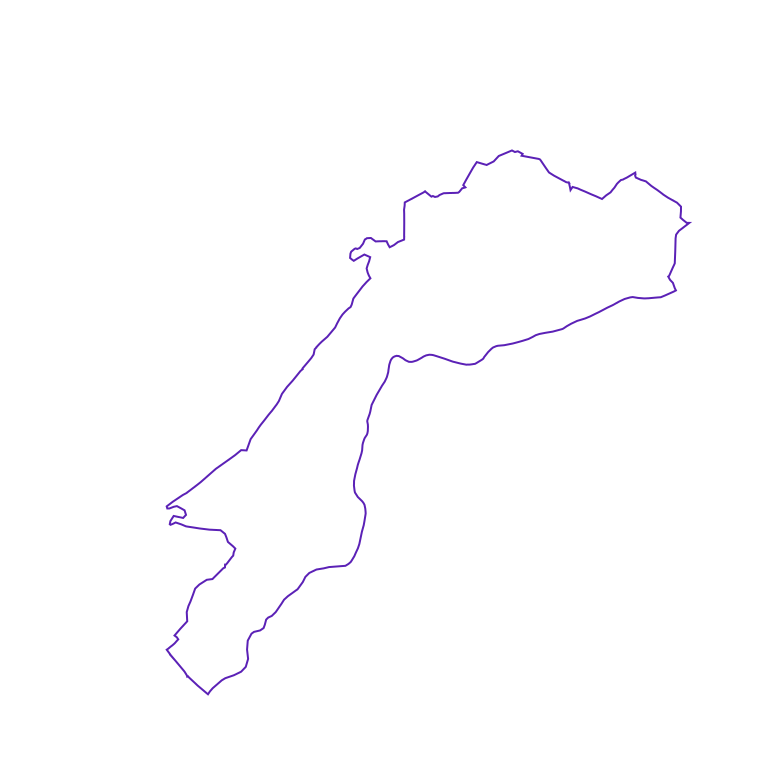 Raņķu pag., Skrundas, Latvia, rotated 49°
{"feature_id": "27541924B83019830898221", "entity_name": "Raņķu pag.", "entity_type": "district", "adm_level": 2, "iso_a3": "LVA", "parent_name": "Latvia", "parent_adm1": "Skrundas", "projection": "albers", "projection_center": [21.983, 56.757], "detail": "fine", "context": "isolated", "style": "outline", "palette": "violet", "viewbox_px": 768, "rotation_deg": 49, "n_neighbors": 0, "source": "geoboundaries", "source_scale": "gbopen_adm2", "svg_char_len": 5837}
<svg xmlns="http://www.w3.org/2000/svg" viewBox="0 0 768 768"><g transform="rotate(49 384 384)"><path d="M340.2,535.2L340.0,542.9L339.5,548.5L337.7,566.6L337.8,586.8L337.6,590.9L336.8,603.1L336.7,603.9L336.8,604.3L335.8,608.6L334.3,620.6L333.8,628.3L335.8,629.2L337.2,627.5L338.7,623.3L340.3,620.4L344.8,618.7L348.5,617.4L352.9,619.3L353.3,623.5L345.6,629.3L347.3,635.1L349.3,637.7L350.2,637.5L351.0,635.2L351.8,632.1L357.1,629.0L361.4,626.9L362.3,626.2L362.9,625.7L367.7,621.6L372.1,617.9L379.4,611.3L387.1,603.3L392.8,602.3L396.2,603.5L400.8,605.4L407.6,604.4L410.7,604.2L412.5,607.9L414.6,610.4L414.8,612.4L416.3,619.6L416.4,620.0L416.6,622.1L416.1,622.5L417.2,623.5L418.1,624.4L417.6,626.2L418.3,636.3L418.6,640.7L418.7,641.4L418.5,641.7L415.5,646.2L414.2,654.9L414.5,660.7L417.2,665.5L417.4,665.8L421.2,672.8L423.3,677.3L426.7,682.5L434.0,688.2L435.1,698.2L436.4,707.1L439.3,706.5L441.4,706.8L441.7,706.8L441.9,708.2L442.0,709.3L442.2,710.7L442.3,711.3L442.4,712.6L442.4,715.4L442.3,716.3L442.2,719.1L442.2,720.5L442.0,722.3L447.4,722.7L447.9,722.8L448.1,722.8L448.1,723.0L448.7,723.0L450.0,723.0L452.0,723.0L451.9,722.9L469.1,723.2L470.6,723.3L474.2,723.9L474.7,724.0L475.8,724.5L476.0,723.7L477.6,723.7L482.4,723.2L489.3,722.5L501.5,720.6L502.7,720.4L501.8,717.1L501.2,712.9L501.2,700.9L501.9,696.8L505.3,688.4L507.4,680.6L506.8,673.9L502.3,666.9L494.6,661.6L488.3,655.2L485.5,647.8L485.8,644.7L488.7,639.2L489.2,635.0L487.5,631.9L484.5,627.5L484.3,624.6L485.4,620.9L485.1,615.3L482.6,605.6L481.2,600.9L481.1,595.7L482.2,583.8L480.2,575.2L478.0,569.9L477.6,564.3L479.7,556.7L483.6,550.4L486.1,545.6L495.9,532.4L496.5,528.8L496.5,525.9L496.0,524.1L494.5,519.4L492.7,515.6L490.9,511.5L488.6,507.6L481.0,497.6L477.3,492.0L474.9,489.0L470.9,484.2L469.7,482.8L468.3,481.7L465.8,479.9L462.4,478.0L461.1,477.7L460.1,477.5L458.1,477.4L456.9,477.5L452.1,477.9L449.5,477.5L446.8,477.1L445.2,476.2L440.9,473.3L439.2,471.7L437.5,470.2L433.3,464.8L429.7,459.4L427.9,456.9L426.5,454.6L425.0,452.0L421.5,446.4L419.7,444.0L417.9,442.2L415.9,440.2L414.7,438.6L412.7,435.2L412.1,433.9L411.1,430.3L410.4,429.0L408.9,427.1L405.7,424.1L403.9,422.7L401.3,421.2L400.5,420.4L398.7,417.2L397.2,414.5L395.7,412.3L391.7,407.1L390.7,404.7L387.4,396.7L384.3,387.5L384.1,387.0L383.1,383.4L382.7,381.9L380.9,377.8L380.4,376.9L379.2,375.1L377.8,373.0L376.5,371.6L374.3,369.0L373.5,368.1L372.8,367.2L370.8,363.9L370.2,362.5L369.8,360.4L369.8,359.5L370.1,358.0L371.0,356.0L371.8,355.3L372.6,354.5L376.9,352.9L380.1,352.2L383.5,350.7L384.6,349.6L385.6,348.4L386.2,347.3L387.0,345.5L387.7,343.9L388.1,342.3L388.9,338.4L389.2,336.2L390.1,333.3L390.7,332.3L391.1,331.5L391.8,330.4L392.6,329.6L393.5,328.7L394.8,327.7L398.2,325.6L404.8,321.6L412.1,317.5L418.7,312.9L423.3,309.3L425.7,306.4L426.9,304.6L427.5,303.6L428.5,302.1L428.8,300.8L429.9,294.2L430.0,292.4L429.4,290.8L428.2,284.4L427.9,279.9L428.0,277.7L429.1,274.4L429.9,272.9L433.6,267.8L437.9,260.3L440.4,255.2L442.2,251.4L444.8,245.5L446.0,240.9L446.7,237.5L448.2,233.9L451.2,228.7L455.1,222.4L459.4,213.6L459.8,212.3L460.3,208.1L461.3,203.2L463.1,196.8L465.0,192.6L466.5,189.2L468.2,184.2L469.7,178.4L470.7,174.8L472.9,165.4L474.5,159.8L476.1,152.2L477.7,146.6L480.1,141.5L481.5,139.3L485.6,135.9L490.2,131.4L492.9,128.0L498.2,120.7L500.1,118.2L501.6,113.7L504.3,104.8L504.9,102.3L502.5,101.7L497.2,99.6L493.2,99.8L492.1,99.6L489.9,99.1L489.4,99.0L489.5,98.4L489.5,98.1L489.4,97.9L489.1,97.1L488.4,95.6L487.4,93.5L486.9,92.4L485.5,89.4L484.4,86.9L483.7,85.4L475.1,77.3L465.3,68.3L462.9,65.5L461.9,60.9L462.7,47.9L461.0,49.8L456.2,50.7L452.9,51.1L448.5,46.6L445.0,43.5L439.4,43.9L429.8,47.4L424.1,49.0L423.8,49.0L420.4,49.7L416.8,50.5L413.1,51.5L409.9,52.3L402.9,53.4L399.8,55.3L398.6,56.1L393.4,58.5L391.5,57.8L390.9,56.7L390.0,56.2L389.3,55.7L387.5,65.5L386.8,68.0L386.5,69.5L385.5,71.4L385.6,74.9L385.8,77.0L387.0,81.3L387.4,84.2L388.0,87.3L387.4,92.5L387.4,98.1L381.3,100.9L376.7,103.2L370.5,106.1L366.3,108.2L364.1,109.2L363.2,109.6L363.0,109.8L359.0,112.4L360.0,116.0L357.8,114.7L354.4,112.9L354.3,112.5L353.4,112.4L353.0,112.3L352.8,112.8L352.3,113.3L351.0,114.2L348.9,114.9L348.8,115.0L338.3,119.0L332.6,120.7L326.9,120.1L321.9,119.5L317.9,119.0L316.7,119.0L315.6,119.6L302.0,130.4L301.3,128.4L296.2,130.3L294.8,133.0L291.7,134.2L287.2,147.8L288.0,155.2L286.0,162.9L277.4,168.4L279.1,174.6L279.3,175.2L280.3,178.1L283.9,188.3L285.9,193.7L289.0,193.6L288.9,193.9L287.6,196.6L288.4,201.3L288.3,201.9L288.3,202.4L288.1,202.8L285.8,205.7L282.9,209.2L279.2,213.8L279.1,214.0L277.9,217.8L277.8,218.0L277.7,220.4L276.3,222.8L274.2,223.8L273.8,225.0L273.7,225.3L266.0,226.6L265.5,226.6L265.4,228.3L264.0,234.4L262.7,240.2L260.6,249.2L263.0,251.5L265.6,254.5L268.8,257.1L276.0,263.3L281.1,267.8L285.4,271.6L286.1,272.1L286.2,272.3L286.5,272.5L288.2,274.1L286.0,280.4L285.7,285.3L285.2,287.4L284.5,290.0L281.4,289.4L278.0,288.4L276.7,289.8L273.6,293.4L270.9,296.8L265.2,298.1L263.4,300.4L262.7,301.4L262.7,302.2L262.4,303.6L262.9,304.7L264.4,307.8L265.4,313.1L264.5,315.7L263.2,316.3L262.7,317.5L262.6,321.9L263.6,323.8L266.6,326.9L269.2,326.5L271.2,326.0L271.9,321.5L273.4,313.9L279.2,311.2L281.6,314.7L283.4,318.1L285.4,321.3L289.1,323.2L292.3,324.3L295.3,324.9L295.6,330.2L296.3,336.1L298.2,345.4L298.8,348.3L299.4,351.0L299.5,351.2L302.9,356.3L304.0,358.8L303.7,361.1L303.9,365.9L304.3,369.5L304.4,370.0L304.5,370.4L305.5,374.3L307.5,379.6L309.3,383.8L311.2,395.8L311.2,403.2L311.4,406.5L311.9,411.1L312.1,411.2L312.3,413.5L315.6,417.8L316.7,421.9L317.5,426.8L318.7,434.8L318.9,435.6L319.0,435.7L319.4,435.7L319.4,438.6L320.6,445.2L321.6,451.0L322.2,455.9L322.6,459.1L324.5,467.5L327.9,474.5L329.1,478.6L329.3,479.7L330.8,486.6L330.8,486.9L331.5,491.3L332.9,498.2L333.9,503.7L334.7,507.1L335.6,510.2L337.1,516.5L338.1,520.8L344.0,531.3L340.2,535.2Z" fill="none" stroke="#5b21b6" stroke-width="2"/></g></svg>